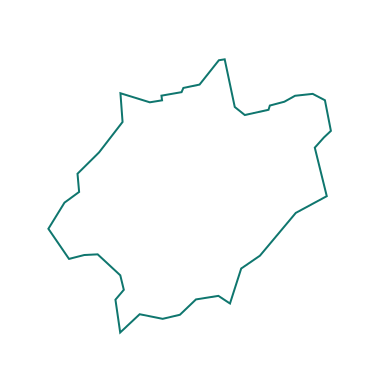 the district of Skrapar, Berat, Albania, rotated 79°
{"feature_id": "67620474B62055143354216", "entity_name": "Skrapar", "entity_type": "district", "adm_level": 2, "iso_a3": "ALB", "parent_name": "Albania", "parent_adm1": "Berat", "projection": "mercator", "projection_center": [20.254, 40.545], "detail": "fine", "context": "isolated", "style": "outline", "palette": "teal", "viewbox_px": 384, "rotation_deg": 79, "n_neighbors": 0, "source": "geoboundaries", "source_scale": "gbopen_adm2", "svg_char_len": 673}
<svg xmlns="http://www.w3.org/2000/svg" viewBox="0 0 384 384"><g transform="rotate(79 192 192)"><path d="M81.4,243.4L110.0,246.8L135.4,275.7L152.2,300.9L170.4,302.8L178.1,319.2L200.7,340.0L234.2,325.5L233.3,309.8L235.2,296.5L260.1,278.3L275.0,277.6L283.1,287.7L316.2,289.3L302.0,266.7L310.9,245.0L310.2,227.3L298.2,208.6L299.0,185.9L308.7,176.0L276.5,158.3L267.5,137.5L232.3,94.1L221.8,60.5L171.9,63.0L163.7,52.2L158.5,44.0L127.3,44.0L118.7,54.8L117.2,72.5L121.0,84.1L122.0,99.1L125.9,101.2L126.5,125.5L116.7,133.8L68.0,134.6L67.8,140.5L88.0,164.1L88.2,180.6L92.0,183.2L91.6,203.6L96.3,203.9L95.9,216.3L81.4,243.4Z" fill="none" stroke="#0f766e" stroke-width="2"/></g></svg>